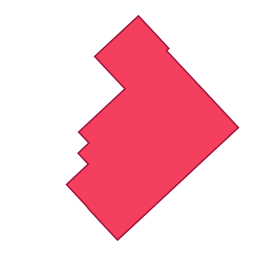 Guadalupe, New Mexico, United States of America (Mercator projection), rotated 137°
{"feature_id": "52423323B63657680318402", "entity_name": "Guadalupe", "entity_type": "district", "adm_level": 2, "iso_a3": "USA", "parent_name": "United States of America", "parent_adm1": "New Mexico", "projection": "mercator", "projection_center": [-104.647, 34.782], "detail": "fine", "context": "isolated", "style": "filled", "palette": "rose", "viewbox_px": 256, "rotation_deg": 137, "n_neighbors": 0, "source": "geoboundaries", "source_scale": "gbopen_adm2", "svg_char_len": 417}
<svg xmlns="http://www.w3.org/2000/svg" viewBox="0 0 256 256"><g transform="rotate(137 128 128)"><path d="M211.5,128.6L211.6,98.4L212.0,95.9L212.1,76.1L212.1,65.9L212.1,53.2L179.5,53.1L103.6,53.1L76.5,53.1L64.2,53.0L47.0,53.0L47.0,83.3L47.1,158.3L43.9,158.3L43.9,202.9L103.6,203.0L103.5,158.7L166.9,158.7L166.8,143.7L181.7,143.6L181.7,128.7L211.5,128.6Z" fill="#f43f5e" stroke="#9f1239" stroke-width="1.5"/></g></svg>